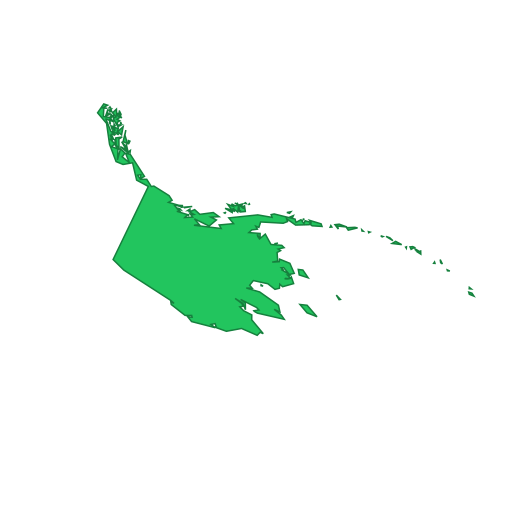 the State of Alaska, rotated 210°
{"feature_id": "USA-3563", "entity_name": "Alaska", "entity_type": "State", "adm_level": 1, "iso_a3": "USA", "parent_name": "United States of America", "parent_adm1": "", "projection": "natural_earth1", "projection_center": [-152.163, 61.314], "detail": "fine", "context": "isolated", "style": "filled", "palette": "green", "viewbox_px": 512, "rotation_deg": 210, "n_neighbors": 0, "source": "natural_earth", "source_scale": "10m", "svg_char_len": 6211}
<svg xmlns="http://www.w3.org/2000/svg" viewBox="0 0 512 512"><g transform="rotate(210 256 256)"><path d="M378.0,181.5L384.0,262.4L397.3,262.0L409.5,275.0L416.9,268.8L424.4,267.8L438.7,279.5L451.7,296.1L464.8,300.8L463.9,311.6L459.9,312.4L462.8,307.7L458.7,309.6L461.7,308.0L458.0,300.5L451.8,302.8L451.8,306.1L450.2,305.3L451.1,300.1L453.8,299.9L454.4,299.5L444.2,291.5L438.8,290.7L439.2,289.8L440.8,289.8L442.1,289.3L442.2,289.0L437.6,285.9L438.2,285.8L442.1,287.7L442.3,287.6L438.1,284.0L441.2,284.5L434.3,282.5L435.9,278.4L429.1,279.7L424.0,269.9L426.9,281.0L421.0,279.7L421.5,275.0L412.3,273.5L420.2,279.7L415.8,281.2L392.4,269.2L394.8,265.2L396.3,268.9L398.9,266.8L394.4,264.6L389.0,267.8L381.4,263.8L379.4,265.5L361.4,264.8L356.5,262.3L358.6,258.7L349.5,261.0L351.6,259.0L348.7,257.9L345.7,258.9L344.2,258.4L348.3,257.6L343.7,256.5L347.0,255.1L336.0,257.6L336.9,253.7L330.3,258.0L333.8,259.5L331.8,259.9L330.4,261.0L335.7,261.0L332.3,265.5L325.5,264.0L314.7,272.3L307.6,271.6L314.5,267.1L308.3,267.4L311.6,258.5L328.0,257.4L320.8,254.8L325.1,251.6L299.9,262.4L303.4,264.5L291.6,272.8L298.6,275.4L275.0,292.5L261.4,297.5L263.6,299.4L261.3,301.5L240.6,307.5L238.2,305.1L235.2,309.9L230.7,308.0L231.1,311.1L225.4,312.5L225.6,309.7L237.1,302.6L248.2,303.6L245.9,301.6L248.8,298.0L269.0,287.8L267.8,282.2L271.1,281.7L268.2,279.9L272.7,276.5L273.9,272.7L263.7,277.6L261.8,274.2L264.1,274.0L265.0,275.2L265.3,274.9L264.3,273.8L261.5,272.5L258.9,279.6L248.8,273.5L239.0,278.1L235.8,277.3L240.3,273.1L237.4,272.9L239.5,269.6L234.7,262.5L238.9,258.8L233.0,262.7L234.0,265.1L223.0,266.6L214.2,260.1L217.9,256.7L226.3,259.8L228.3,258.4L224.8,257.4L227.4,256.9L216.3,256.7L219.2,255.2L215.1,254.3L216.2,253.8L216.7,252.4L217.2,252.4L218.0,251.8L218.9,251.7L219.8,250.6L217.2,251.9L215.7,253.2L216.1,253.7L214.9,254.1L214.9,255.5L209.6,250.9L217.6,242.7L221.3,243.5L219.6,239.8L222.9,236.6L231.9,237.9L246.0,233.4L246.9,227.5L243.2,226.2L248.4,223.4L234.8,226.7L212.0,224.6L207.3,219.5L213.6,218.9L204.6,217.5L199.9,215.3L226.3,207.2L229.8,207.2L230.5,207.5L226.5,210.7L229.8,211.7L247.6,210.7L241.8,210.1L238.3,204.2L243.6,208.5L252.9,208.8L244.6,207.8L242.0,206.1L244.6,203.9L239.2,202.4L230.2,202.9L227.8,198.6L210.9,192.4L214.3,191.9L215.3,187.9L232.3,186.0L244.0,176.0L256.7,173.7L255.0,174.7L257.6,177.0L260.8,174.2L255.5,173.5L279.0,167.0L284.7,169.2L280.7,171.0L282.0,172.4L287.7,169.1L305.2,171.6L306.9,173.8L303.3,174.0L307.5,174.9L363.4,177.7L378.0,181.5ZM306.3,286.6L300.5,287.6L303.2,288.9L299.1,289.1L293.3,294.7L295.1,291.1L292.5,292.7L293.5,291.2L291.5,290.9L289.7,291.3L292.5,291.3L291.0,293.7L287.5,289.2L291.7,286.2L293.1,286.4L292.5,287.4L293.7,287.4L294.0,288.6L295.0,289.6L295.9,289.9L293.8,284.9L299.1,285.8L300.0,284.7L298.4,283.1L306.3,286.6ZM451.8,308.3L450.3,313.4L447.1,308.4L443.0,308.2L444.8,304.9L441.5,305.0L442.9,302.7L441.8,300.2L439.1,298.3L447.5,303.1L450.5,306.5L447.6,305.0L446.6,306.6L451.8,308.3ZM193.7,236.0L187.1,238.9L172.8,233.9L183.4,232.3L193.7,236.0ZM424.3,288.1L418.0,281.2L428.2,282.9L421.4,283.2L429.5,287.8L422.2,285.3L424.3,288.1ZM212.7,265.5L208.4,267.3L199.9,263.2L209.1,261.2L212.7,265.5ZM436.5,288.1L431.4,292.2L433.2,288.7L427.7,279.5L429.8,281.7L433.4,281.7L436.7,286.9L432.6,282.3L436.5,288.1ZM428.3,288.7L431.7,300.0L430.0,295.2L423.5,289.1L428.3,288.7ZM227.3,313.7L215.7,316.4L213.6,314.6L222.5,310.2L224.2,310.4L225.3,312.9L227.3,313.7ZM456.2,301.9L457.6,309.1L456.0,304.8L452.8,306.5L456.2,301.9ZM435.6,292.2L442.5,292.5L443.7,295.6L440.6,293.8L442.8,296.6L439.0,297.5L438.2,293.7L435.6,292.2ZM203.3,322.6L199.8,325.2L191.7,326.6L200.3,322.7L198.2,320.5L203.3,322.6ZM298.8,281.7L306.6,281.8L301.8,283.3L298.8,281.7ZM438.0,294.4L435.7,301.5L433.0,293.7L438.0,294.4ZM191.7,325.8L184.7,330.3L182.1,331.1L189.0,324.5L191.7,325.8ZM144.4,334.9L142.4,338.5L135.5,338.7L144.4,334.9ZM446.3,301.0L450.2,300.6L450.1,302.2L446.3,301.0ZM342.1,262.0L342.7,262.3L336.0,267.0L342.1,262.0ZM53.7,331.1L50.4,331.8L47.2,330.2L52.1,329.5L53.7,331.1ZM127.2,340.9L125.0,342.5L123.0,342.7L125.0,339.3L127.2,340.9ZM447.2,313.6L443.7,311.2L443.2,308.6L443.8,308.5L447.2,313.6ZM449.6,298.3L450.4,300.4L447.8,297.0L449.6,298.3ZM444.1,295.6L444.4,294.2L446.6,296.2L443.9,296.9L444.1,295.6ZM118.5,340.2L115.9,342.7L114.2,340.0L118.5,340.2ZM443.9,297.4L444.9,299.4L443.1,298.4L443.9,297.4ZM422.3,289.4L424.1,292.2L422.6,292.4L422.3,289.4ZM347.8,261.5L345.0,262.9L344.1,261.6L345.0,260.8L347.8,261.5ZM145.1,337.7L153.2,338.0L149.2,338.7L145.1,337.7ZM245.8,307.1L243.8,309.7L243.6,307.7L245.8,307.1ZM438.2,302.1L439.3,300.3L441.6,300.2L438.2,302.1ZM162.2,259.7L166.9,262.3L161.2,260.6L162.2,259.7ZM243.4,278.2L245.8,276.1L246.3,275.8L243.4,278.2ZM120.9,340.9L121.8,341.7L117.7,341.7L120.9,340.9ZM206.2,318.0L206.4,319.8L204.8,319.0L206.2,318.0ZM456.3,308.9L454.7,310.6L455.0,308.2L456.3,308.9ZM297.4,291.6L300.9,291.2L298.8,291.6L298.4,292.3L297.4,291.6ZM335.9,262.5L337.9,261.2L336.7,263.6L335.9,262.5ZM248.3,309.7L251.0,309.1L247.9,311.8L248.3,309.7ZM92.7,342.5L94.7,345.0L90.6,342.3L92.7,342.5ZM82.8,338.9L83.5,339.6L80.6,339.9L82.8,338.9ZM453.1,309.0L454.3,308.0L453.9,309.5L453.1,309.0ZM430.8,281.2L430.5,280.1L432.8,281.4L430.8,281.2ZM55.0,334.2L55.6,335.5L53.1,335.1L55.0,334.2ZM418.3,283.1L417.6,284.6L416.8,282.6L418.3,283.1ZM98.5,338.5L98.4,340.1L97.3,339.1L98.5,338.5ZM346.8,260.9L350.6,259.9L348.7,260.7L346.8,260.9ZM298.5,282.4L298.4,281.9L301.1,283.2L298.5,282.4ZM303.9,278.9L304.2,277.5L305.0,277.5L303.9,278.9ZM288.2,296.6L287.9,297.9L287.5,297.6L288.2,296.6ZM156.3,335.6L158.1,335.9L155.7,336.4L156.3,335.6ZM236.8,232.8L237.2,233.6L234.8,233.4L236.8,232.8ZM439.6,303.1L440.2,304.4L439.1,303.5L439.6,303.1ZM170.0,332.5L170.8,333.3L169.2,333.7L170.0,332.5ZM298.9,284.9L298.1,284.5L296.5,283.8L298.1,283.9L298.9,284.9ZM446.6,310.8L445.9,309.0L447.1,310.3L446.6,310.8ZM176.7,330.6L177.5,331.6L175.5,331.1L176.7,330.6ZM292.3,295.9L291.7,296.9L290.7,296.5L292.3,295.9ZM457.3,310.8L457.0,312.1L455.8,311.5L457.3,310.8ZM232.7,312.3L233.3,310.9L233.5,311.6L232.7,312.3ZM335.0,258.0L334.4,256.8L335.7,257.7L335.0,258.0ZM441.3,308.5L443.0,308.3L442.3,308.9L441.3,308.5ZM130.3,339.2L129.7,337.9L130.9,338.5L130.3,339.2Z" fill="#22c55e" stroke="#15803d" stroke-width="1.5"/></g></svg>